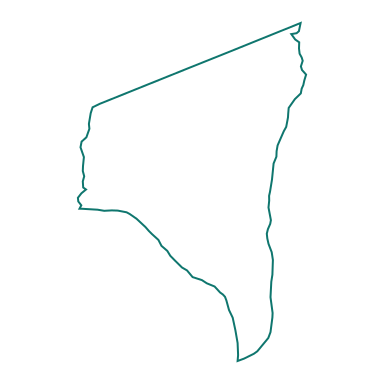 Itacuruba, Pernambuco, Brazil (Natural Earth projection)
{"feature_id": "56859067B97519106704715", "entity_name": "Itacuruba", "entity_type": "district", "adm_level": 2, "iso_a3": "BRA", "parent_name": "Brazil", "parent_adm1": "Pernambuco", "projection": "natural_earth1", "projection_center": [-38.723, -8.77], "detail": "fine", "context": "isolated", "style": "outline", "palette": "teal", "viewbox_px": 384, "rotation_deg": 0, "n_neighbors": 0, "source": "geoboundaries", "source_scale": "gbopen_adm2", "svg_char_len": 1367}
<svg xmlns="http://www.w3.org/2000/svg" viewBox="0 0 384 384"><path d="M79.5,208.7L82.8,208.8L85.7,209.0L97.6,209.7L104.2,210.8L111.8,210.4L117.8,210.6L126.6,212.3L129.7,214.0L136.6,218.8L145.5,227.1L148.9,231.0L152.1,234.2L158.4,239.9L161.5,245.9L167.3,250.9L170.3,255.8L175.4,261.0L182.0,267.5L187.0,270.4L192.6,277.1L201.9,280.1L206.8,283.3L214.6,286.5L220.1,292.5L222.9,294.5L225.0,296.8L226.4,300.5L229.0,310.0L232.7,317.7L235.4,330.3L237.6,343.0L238.1,355.1L237.6,361.0L244.1,358.6L253.8,353.8L257.3,351.3L268.3,338.0L270.5,332.1L272.4,317.4L272.6,313.0L270.5,297.2L271.3,281.7L272.4,274.7L272.9,260.0L271.7,252.2L268.5,243.8L267.3,238.4L266.8,233.7L267.9,229.2L270.2,223.9L270.9,220.2L268.5,207.5L269.2,200.6L269.1,195.8L270.0,191.8L272.0,179.5L273.6,163.5L276.4,156.7L276.6,151.2L277.6,145.4L283.8,131.2L286.2,126.9L287.4,120.6L288.0,117.3L288.2,113.7L288.7,107.9L294.9,99.1L300.8,93.4L301.7,88.6L303.3,85.1L304.3,80.5L306.1,74.6L302.0,70.0L300.9,66.4L302.7,60.8L301.7,57.5L299.6,53.7L299.0,48.5L299.2,42.3L295.2,39.5L291.3,34.1L296.6,33.2L298.9,31.2L300.6,23.0L226.3,53.0L188.3,68.2L99.8,103.8L92.6,107.3L90.7,113.2L88.9,123.9L89.4,128.8L86.4,137.3L81.6,141.6L80.5,147.3L83.9,157.1L83.0,166.1L82.8,171.0L84.2,176.3L82.8,181.4L83.2,187.5L86.0,189.5L81.4,193.3L77.9,197.8L78.3,201.5L81.3,205.3L79.5,208.7Z" fill="none" stroke="#0f766e" stroke-width="2"/></svg>